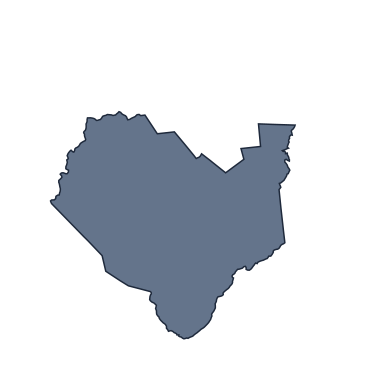 Macaúbas, Bahia, Brazil (Mercator projection), rotated 236°
{"feature_id": "56859067B64074921984300", "entity_name": "Macaúbas", "entity_type": "district", "adm_level": 2, "iso_a3": "BRA", "parent_name": "Brazil", "parent_adm1": "Bahia", "projection": "mercator", "projection_center": [-42.712, -13.173], "detail": "fine", "context": "isolated", "style": "filled", "palette": "slate", "viewbox_px": 384, "rotation_deg": 236, "n_neighbors": 0, "source": "geoboundaries", "source_scale": "gbopen_adm2", "svg_char_len": 4141}
<svg xmlns="http://www.w3.org/2000/svg" viewBox="0 0 384 384"><g transform="rotate(236 192 192)"><path d="M98.0,240.6L109.4,246.5L113.2,248.5L128.5,256.5L143.8,264.7L145.3,265.5L145.8,267.0L146.2,268.2L147.5,268.6L148.9,268.8L150.3,269.2L149.9,270.5L150.0,272.1L150.3,274.9L151.0,276.3L151.7,277.9L152.6,279.6L153.7,280.8L153.4,282.0L154.2,283.2L154.8,284.2L155.4,285.3L157.2,285.5L158.9,285.4L161.2,286.0L163.2,286.0L164.9,285.7L166.6,286.7L166.5,288.3L164.7,289.0L163.2,290.0L164.2,290.8L165.6,291.0L166.7,291.6L168.0,291.8L169.3,291.8L170.9,292.7L171.5,291.0L172.5,291.7L173.8,291.6L174.7,290.2L175.8,290.0L175.4,291.6L175.0,293.3L174.8,294.9L174.4,296.5L175.8,296.0L176.8,297.0L177.7,298.3L178.5,299.3L179.1,300.5L180.2,300.5L181.3,301.6L181.8,302.8L183.2,303.5L183.8,304.8L183.9,306.1L183.1,306.9L185.0,307.7L187.1,308.4L187.7,310.0L187.7,311.3L188.2,312.3L188.8,313.6L189.8,314.9L201.9,298.1L211.3,285.2L191.4,274.3L200.6,256.9L190.1,253.3L189.1,230.6L204.4,225.8L207.7,224.8L218.3,221.3L217.5,219.7L217.0,218.6L216.9,217.1L217.3,215.4L217.4,214.2L221.1,214.0L232.9,212.9L251.7,211.0L254.2,206.2L259.7,195.8L282.1,196.0L284.0,192.2L285.9,191.5L286.8,189.7L286.6,188.4L286.3,187.1L286.7,184.7L287.0,182.9L287.0,181.1L287.8,179.1L289.2,179.3L290.8,179.7L292.4,179.5L294.9,178.0L296.4,177.5L297.9,177.4L299.4,176.4L299.0,174.6L298.9,173.1L298.6,171.8L299.2,170.4L299.6,169.3L300.9,168.4L302.4,166.6L303.6,165.1L303.7,163.6L304.4,161.7L304.7,160.2L303.9,158.6L303.3,156.6L303.8,155.4L304.1,154.0L304.8,152.8L306.6,152.4L307.9,151.7L309.2,150.5L310.2,149.4L311.1,148.0L311.9,146.8L310.8,145.6L309.3,144.6L308.4,143.5L307.6,142.2L306.1,141.3L304.8,140.4L303.9,139.6L302.8,138.1L302.5,136.2L301.7,135.3L300.1,135.2L299.0,134.5L297.9,134.0L296.5,133.7L295.1,133.3L294.3,132.2L294.6,130.5L294.7,128.8L294.7,126.7L293.8,124.9L293.3,123.6L293.2,121.9L293.5,120.4L293.2,119.0L291.9,117.8L291.2,116.3L292.1,115.6L294.3,115.1L294.2,113.9L293.7,112.1L293.2,110.8L291.9,108.8L290.0,108.5L288.8,108.0L288.6,106.1L286.3,105.2L284.7,103.4L283.5,101.6L281.8,100.4L280.5,101.0L279.1,101.8L277.6,100.6L277.0,98.7L277.7,97.6L278.9,96.8L280.1,95.8L280.8,94.3L280.5,92.7L279.2,92.8L278.1,92.9L276.9,92.3L276.4,90.4L276.1,88.1L274.6,87.0L273.4,86.7L272.3,86.3L270.0,85.3L268.3,84.7L267.1,83.8L266.1,82.9L265.2,81.6L263.8,80.3L264.5,78.9L264.5,76.8L262.7,75.2L262.5,73.4L263.3,72.1L263.9,71.1L263.7,69.7L262.6,69.4L260.9,69.1L215.6,77.3L209.6,78.5L189.5,81.9L174.5,76.2L158.7,82.8L149.8,86.8L141.4,94.2L132.6,101.9L131.2,101.9L130.3,101.2L129.9,100.1L128.8,98.7L127.5,97.6L126.4,96.7L125.0,96.7L122.9,97.3L121.5,98.3L120.0,98.7L118.0,99.1L116.6,97.7L115.8,96.7L114.6,96.4L113.4,96.1L111.8,95.1L110.5,94.4L108.6,94.3L107.0,94.7L105.3,94.2L103.1,94.3L99.5,95.0L98.2,95.6L96.8,95.9L95.1,95.8L93.2,94.6L92.1,94.8L90.8,94.8L89.7,94.6L89.3,95.8L88.8,97.1L87.0,98.2L85.3,98.6L84.2,99.4L83.0,99.9L81.9,99.6L80.9,101.2L80.1,100.4L78.8,101.0L77.7,102.0L76.2,102.4L74.8,103.2L74.3,104.5L73.9,106.0L72.9,106.9L72.8,108.6L72.5,110.1L72.2,111.2L72.1,112.5L72.4,114.0L72.5,115.7L72.5,117.8L72.7,119.2L72.8,120.8L73.1,122.4L73.1,123.7L73.0,125.0L73.1,126.7L73.6,129.1L74.0,131.0L74.5,132.9L75.3,134.6L75.8,136.0L76.5,136.9L77.2,137.8L78.0,139.1L79.8,140.0L80.4,141.4L80.9,143.1L81.6,144.4L82.8,146.5L84.6,147.7L86.4,148.7L87.2,150.2L87.9,151.2L88.9,152.0L89.9,153.3L90.6,155.1L89.9,156.5L89.4,158.0L89.2,159.2L89.4,160.5L90.8,161.2L91.3,162.7L91.5,164.5L91.7,166.6L91.7,168.0L92.1,169.5L92.8,171.0L93.1,172.7L93.5,173.9L94.2,174.9L95.3,175.6L96.2,176.8L97.5,178.3L98.7,177.8L99.9,178.2L100.6,179.5L100.5,180.7L100.6,181.9L101.6,183.5L101.9,184.9L102.4,186.5L101.6,188.1L101.1,189.8L100.7,191.2L101.1,193.3L100.5,194.7L99.0,194.6L97.6,193.6L96.2,194.4L95.1,195.8L95.1,197.6L95.4,198.9L95.9,200.2L96.4,201.6L96.7,202.7L97.2,203.8L97.5,205.0L96.2,206.0L96.9,207.2L96.8,208.5L96.5,210.1L96.0,211.8L95.6,212.9L95.4,214.2L95.2,215.8L94.8,217.0L95.2,218.4L95.9,219.7L94.8,221.5L95.4,223.3L96.0,224.6L96.6,225.7L97.6,226.3L97.9,227.8L97.3,229.8L96.7,231.1L96.6,232.4L97.2,234.0L98.1,235.7L98.2,237.5L97.9,238.9L98.0,240.6Z" fill="#64748b" stroke="#1e293b" stroke-width="1.5"/></g></svg>